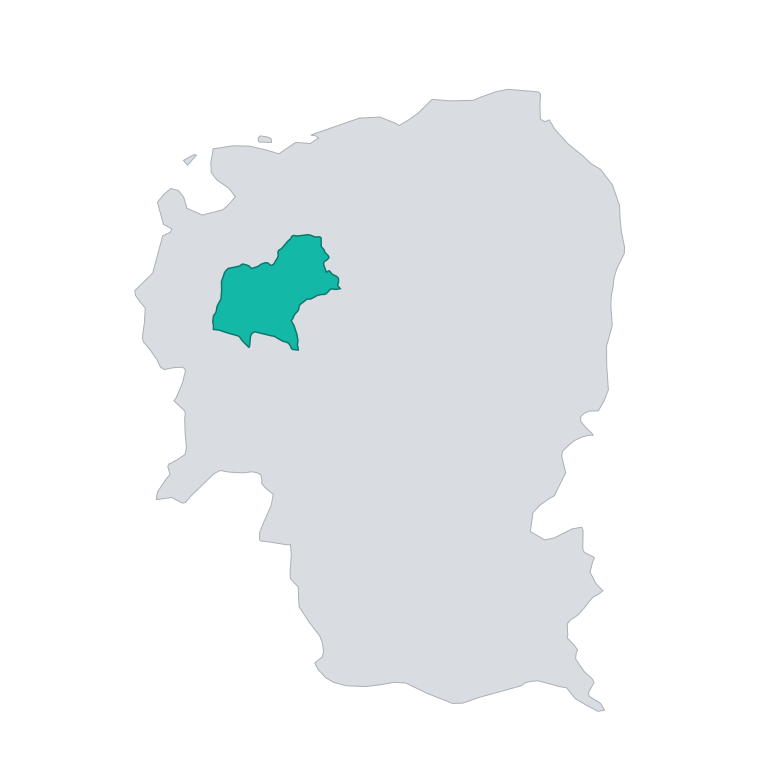 Cambodia, with Kâmpóng Spœ highlighted, rotated 97°
{"feature_id": "KHM-1787", "entity_name": "Kâmpóng Spœ", "entity_type": "Province", "adm_level": 1, "iso_a3": "KHM", "parent_name": "Cambodia", "parent_adm1": "", "projection": "albers", "projection_center": [104.227, 11.598], "detail": "fine", "context": "in_parent", "style": "filled", "palette": "teal", "viewbox_px": 768, "rotation_deg": 97, "n_neighbors": 0, "source": "natural_earth", "source_scale": "10m", "svg_char_len": 5181}
<svg xmlns="http://www.w3.org/2000/svg" viewBox="0 0 768 768"><g transform="rotate(97 384 384)"><path d="M680.9,125.3L682.8,131.8L678.0,144.4L673.0,155.8L663.3,165.8L662.9,173.1L659.8,194.9L661.2,201.8L663.5,207.7L666.7,210.8L675.5,232.0L683.4,251.3L691.2,267.1L692.7,277.1L686.0,302.7L678.1,326.2L678.9,337.9L682.5,349.5L686.5,365.0L688.1,384.9L686.2,397.9L682.6,406.1L675.6,414.4L669.5,418.7L662.0,411.7L656.1,411.5L648.2,413.7L642.0,417.0L629.4,429.3L615.4,441.2L596.0,444.4L588.4,453.3L580.3,454.5L564.9,455.1L554.9,457.2L555.4,461.6L554.7,482.5L554.9,487.3L553.4,488.6L546.4,489.3L534.6,486.2L518.5,481.2L507.1,480.4L501.3,489.5L497.8,493.1L493.5,493.7L489.0,495.3L487.5,499.4L487.2,504.4L489.4,513.1L490.3,526.8L489.8,536.2L494.0,542.1L518.6,561.9L525.9,566.8L526.8,569.8L522.5,580.7L526.5,595.9L518.8,595.7L505.9,589.2L499.8,585.3L492.4,588.5L489.8,587.9L484.7,580.4L478.1,572.8L471.4,572.3L457.1,575.4L442.5,577.6L437.0,577.6L434.7,579.0L426.3,590.4L422.7,588.5L408.0,584.2L394.5,582.6L391.8,585.5L393.4,594.8L396.4,603.9L394.7,607.7L387.3,612.5L377.6,621.2L371.6,627.9L367.5,629.5L352.6,629.3L337.8,630.2L331.9,636.5L326.4,641.4L321.6,642.7L302.2,627.1L263.8,621.7L259.7,614.8L256.0,613.4L252.4,622.4L231.3,631.0L222.5,625.7L216.0,619.4L217.0,611.7L223.1,605.5L233.6,601.0L238.5,585.2L230.6,565.0L223.6,559.1L216.2,554.4L208.5,561.9L201.9,574.7L195.1,581.3L185.5,582.8L171.4,582.2L166.0,563.0L164.3,546.5L166.3,527.7L168.4,516.5L155.0,501.1L154.3,486.5L147.8,478.9L145.9,482.7L146.0,486.9L144.2,483.8L123.1,440.8L119.6,420.9L123.4,405.5L125.5,400.4L119.4,392.3L110.9,383.1L95.7,371.0L94.8,352.0L91.5,329.6L87.0,322.0L80.1,308.1L76.4,296.7L75.3,266.5L77.3,264.0L88.0,263.2L101.9,261.1L104.1,256.3L101.7,252.2L110.5,245.4L123.3,230.5L133.1,214.9L140.2,205.1L144.5,195.3L158.7,181.4L178.4,171.9L191.7,169.7L205.5,166.5L218.8,161.9L225.1,161.4L241.6,167.1L250.5,168.6L259.8,168.5L269.5,169.1L277.9,168.5L298.1,164.6L319.5,167.7L338.6,165.2L362.3,160.6L373.9,163.5L384.5,168.0L386.0,177.2L388.5,181.4L392.0,184.6L396.7,184.6L402.7,178.2L407.7,171.5L409.4,170.3L409.7,173.6L412.2,180.7L416.7,187.8L421.3,192.4L428.9,198.6L433.9,198.9L450.0,192.9L474.3,201.4L477.2,205.6L485.1,214.3L493.6,220.5L512.6,220.8L519.2,205.4L515.9,196.1L505.0,179.8L502.0,170.3L505.4,168.5L523.7,166.6L526.6,164.7L530.6,154.1L535.6,155.3L545.7,156.6L556.4,149.2L562.6,141.6L566.1,145.0L569.9,150.3L574.1,153.4L581.9,157.9L590.4,164.2L595.7,170.5L600.0,172.9L610.8,171.0L613.7,171.3L619.9,163.6L624.3,159.4L628.1,160.5L633.6,160.3L644.8,150.5L651.2,141.5L654.7,139.1L664.9,143.4L668.9,142.4L674.6,130.1L680.9,125.3ZM158.9,537.6L156.8,538.7L154.8,538.7L152.8,536.9L153.0,530.0L154.5,525.8L158.0,525.0L158.9,537.6ZM190.8,605.7L186.5,610.3L179.6,600.7L179.7,598.0L190.8,605.7Z" fill="#d9dde1" stroke="#a8b0b8" stroke-width="1"/><path d="M266.2,505.4L264.6,505.0L264.1,504.8L263.7,504.4L262.8,502.9L261.6,501.9L253.4,496.5L251.0,494.2L250.1,494.0L248.9,493.6L248.5,493.3L248.1,492.9L247.8,492.2L247.6,491.4L247.6,490.4L247.7,488.4L247.5,487.2L245.3,478.7L245.1,476.4L245.3,475.1L245.6,473.7L246.3,471.4L246.4,469.9L246.3,468.8L246.1,467.9L245.9,467.0L245.9,466.1L246.0,465.3L246.1,464.9L246.3,464.6L246.6,464.5L247.1,464.2L255.3,463.0L257.8,460.2L258.1,459.9L258.8,459.5L259.2,459.4L260.3,458.8L261.4,457.6L263.2,455.3L264.1,454.5L264.9,454.1L265.6,454.3L266.4,454.7L267.2,455.2L267.9,455.9L269.4,457.8L270.0,458.3L270.8,458.6L272.2,458.6L273.4,458.2L279.7,455.0L280.0,454.7L279.8,454.3L278.5,452.8L278.3,452.2L278.7,451.5L281.0,449.2L281.6,448.2L282.9,444.4L283.5,443.4L284.5,442.3L285.5,441.9L288.1,441.6L289.0,441.6L291.1,442.1L292.1,441.7L292.8,441.2L294.7,439.1L295.8,442.4L296.0,443.9L296.0,446.9L296.1,447.8L296.2,448.3L296.8,448.9L297.7,449.7L300.6,451.7L301.2,452.2L301.4,452.4L302.4,454.2L302.7,456.5L303.4,459.0L304.2,460.9L308.5,467.0L308.7,467.9L309.0,470.2L309.1,470.6L309.5,471.2L314.3,475.8L315.3,477.1L316.6,477.5L320.8,477.9L322.3,478.6L325.6,481.0L326.0,481.2L330.1,482.5L331.4,483.1L331.7,483.3L332.2,483.7L332.7,483.6L333.4,483.2L336.8,480.5L345.2,476.6L350.7,474.9L351.8,474.7L353.9,474.7L354.8,474.8L355.7,474.7L356.2,474.7L358.2,473.8L360.8,473.3L360.8,478.1L360.5,479.6L360.0,480.2L359.4,480.7L358.7,481.0L357.6,481.5L356.4,482.5L355.3,483.8L354.9,484.5L354.6,485.2L353.7,490.1L350.1,498.6L349.7,503.5L347.9,518.5L349.7,521.2L352.9,522.3L362.3,522.1L363.6,522.2L364.0,522.7L358.9,529.3L355.3,532.7L354.3,533.8L354.0,535.0L352.4,545.2L351.7,548.8L350.6,554.2L350.6,560.0L346.6,560.4L345.4,560.7L344.7,561.1L343.9,561.4L343.5,561.5L337.4,561.6L336.7,561.4L334.1,559.8L332.9,559.5L331.6,559.3L328.2,559.3L326.7,559.0L322.8,557.5L319.7,556.2L311.2,556.5L302.2,557.8L292.8,555.8L291.3,555.1L290.3,554.4L288.3,552.8L284.7,542.0L283.9,541.1L282.8,540.0L282.6,539.7L282.2,539.0L282.2,538.1L282.3,536.9L282.8,534.1L283.2,532.7L283.7,531.8L284.6,531.0L285.0,530.5L285.2,529.9L285.0,528.6L284.4,527.0L282.9,523.9L281.8,522.4L280.3,520.8L279.8,520.1L278.1,516.5L277.9,515.6L277.9,514.6L278.6,513.1L279.9,511.2L280.0,510.4L279.9,509.7L277.7,507.6L274.4,506.4L272.3,505.3L270.3,504.7L268.9,504.7L267.9,504.9L266.7,505.3L266.2,505.4Z" fill="#14b8a6" stroke="#0f766e" stroke-width="1.5"/></g></svg>